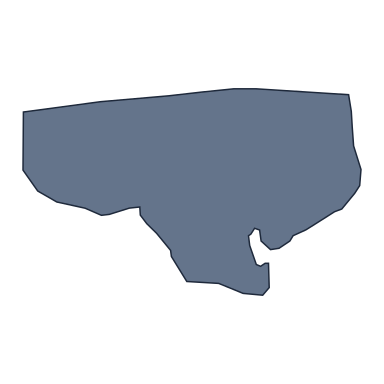 Banibangou, Tillabéri, Niger
{"feature_id": "23599985B31350615327928", "entity_name": "Banibangou", "entity_type": "district", "adm_level": 2, "iso_a3": "NER", "parent_name": "Niger", "parent_adm1": "Tillabéri", "projection": "natural_earth1", "projection_center": [2.571, 15.036], "detail": "fine", "context": "isolated", "style": "filled", "palette": "slate", "viewbox_px": 384, "rotation_deg": 0, "n_neighbors": 0, "source": "geoboundaries", "source_scale": "gbopen_adm2", "svg_char_len": 722}
<svg xmlns="http://www.w3.org/2000/svg" viewBox="0 0 384 384"><path d="M289.9,241.0L293.1,235.7L306.0,229.8L317.6,222.5L334.6,211.7L341.8,209.0L354.8,193.2L359.7,185.6L361.0,169.5L353.6,145.9L352.2,126.5L351.3,111.4L348.6,94.7L255.9,88.8L233.9,88.8L202.3,92.0L168.8,95.8L100.5,101.7L23.4,112.0L23.0,170.1L37.7,191.0L56.8,202.0L85.1,208.2L101.4,215.3L109.3,214.4L129.4,208.1L139.8,207.0L140.3,215.1L146.8,223.7L156.6,233.3L170.6,250.4L171.4,256.5L186.8,281.5L218.7,283.4L243.1,293.4L262.7,295.2L269.2,287.6L268.5,263.3L265.1,263.3L260.6,266.3L256.3,264.5L249.7,245.5L248.5,235.7L250.8,234.2L254.6,228.3L259.6,230.0L261.1,241.0L270.5,249.6L279.0,248.3L289.9,241.0Z" fill="#64748b" stroke="#1e293b" stroke-width="1.5"/></svg>